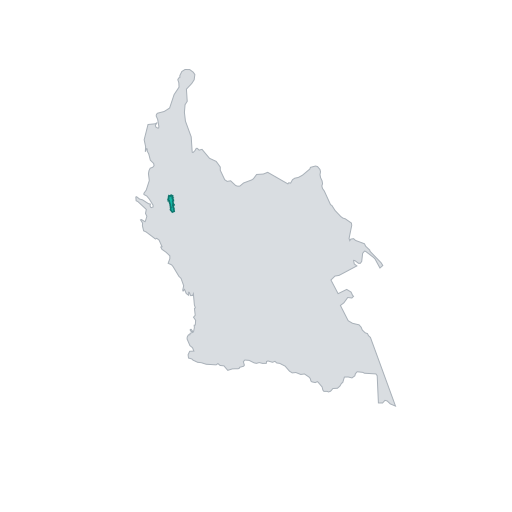 Puerto Libertador, Córdoba, Colombia (highlighted), rotated 332°
{"feature_id": "7082276B17720170478465", "entity_name": "Puerto Libertador", "entity_type": "district", "adm_level": 2, "iso_a3": "COL", "parent_name": "Colombia", "parent_adm1": "Córdoba", "projection": "equal_earth", "projection_center": [-75.744, 7.691], "detail": "fine", "context": "in_parent", "style": "filled", "palette": "teal", "viewbox_px": 512, "rotation_deg": 332, "n_neighbors": 0, "source": "geoboundaries", "source_scale": "gbopen_adm2", "svg_char_len": 6513}
<svg xmlns="http://www.w3.org/2000/svg" viewBox="0 0 512 512"><g transform="rotate(332 256 256)"><path d="M284.1,71.4L280.3,73.5L272.9,76.0L267.9,87.1L264.4,89.1L260.2,95.6L257.0,103.8L254.7,120.4L248.4,134.4L248.9,135.1L251.4,134.4L253.8,132.9L254.7,133.4L255.5,135.8L258.4,136.5L260.8,147.9L265.2,153.7L265.6,155.9L266.2,160.7L264.7,163.5L264.2,174.0L265.6,176.6L268.9,177.7L271.1,184.2L272.5,185.7L274.5,186.7L279.3,185.7L287.9,186.8L290.0,186.6L294.8,184.3L301.0,187.1L305.6,187.6L318.0,207.3L319.3,206.7L320.8,207.9L324.0,205.8L326.7,205.5L330.2,206.5L334.9,206.5L344.3,204.5L345.7,203.3L350.8,204.5L352.3,205.9L353.1,209.6L352.5,211.9L350.7,214.2L349.8,217.1L349.6,220.7L348.7,223.4L347.0,225.1L346.4,227.6L346.8,230.8L345.9,245.7L346.7,247.0L347.2,253.1L349.4,261.0L350.5,263.3L352.3,265.1L355.7,271.7L354.9,273.9L346.4,284.2L346.0,286.5L347.6,285.6L350.3,286.5L351.2,289.0L357.5,296.1L357.4,298.9L359.2,304.2L358.9,305.4L363.3,320.7L363.5,323.9L359.8,324.8L359.7,314.6L359.1,312.5L355.0,303.4L354.1,302.6L351.4,303.7L346.8,310.4L344.7,311.4L343.0,310.5L341.2,306.5L340.1,305.7L339.0,309.1L340.4,312.1L320.2,312.1L316.3,310.8L310.9,312.4L310.8,327.8L320.4,328.1L323.0,332.5L322.8,336.1L323.2,337.4L320.9,338.1L317.5,335.7L311.6,338.6L307.3,339.3L307.0,356.4L309.6,360.7L314.7,365.2L315.4,368.3L315.1,371.3L316.3,375.0L318.0,376.9L317.9,379.1L318.8,381.6L308.7,454.0L305.1,449.6L303.8,445.6L302.1,444.0L298.7,445.2L295.1,443.2L306.8,418.6L306.5,416.4L296.7,410.4L295.7,408.9L291.0,405.7L288.5,406.6L287.0,408.2L283.5,408.7L280.6,406.1L277.2,404.4L273.1,408.5L271.8,408.5L268.9,410.3L265.8,411.0L261.7,409.1L258.4,410.4L256.2,410.1L255.3,408.9L252.4,407.4L252.1,405.7L252.9,402.7L251.6,396.7L251.2,395.7L248.9,395.6L246.3,393.4L245.8,392.2L246.4,389.7L245.9,387.6L243.4,382.9L239.9,381.6L236.5,377.6L233.1,376.2L231.5,373.4L230.0,366.9L226.5,361.9L224.1,360.2L223.3,357.9L220.7,357.6L217.3,354.3L215.8,354.1L214.7,355.6L211.5,354.0L208.8,351.6L206.0,351.0L204.2,349.5L200.9,344.9L197.3,342.6L195.2,343.4L194.5,346.9L193.3,347.5L189.2,346.6L188.5,347.3L187.4,347.2L182.3,344.6L177.4,343.7L176.1,337.9L172.9,335.8L171.9,333.1L169.7,333.4L161.2,328.2L157.6,324.5L154.6,322.5L151.5,318.4L151.0,316.8L148.5,314.4L149.7,311.3L152.7,309.0L156.5,310.8L156.9,307.2L155.6,304.1L156.2,296.9L157.2,295.3L159.3,293.9L160.6,294.5L161.5,293.3L164.6,293.8L165.5,293.3L167.9,290.4L168.9,288.1L170.0,288.4L172.5,284.5L172.1,280.7L174.5,279.8L177.0,273.5L178.1,273.3L178.6,270.3L183.0,259.9L181.4,261.1L179.7,260.3L180.0,256.8L179.5,256.4L178.1,259.1L176.8,256.4L177.2,251.9L175.2,252.7L175.3,251.7L178.2,248.3L179.3,240.6L178.4,237.8L177.8,226.3L177.3,224.1L175.0,221.2L178.7,217.9L180.0,215.4L178.3,210.3L176.1,206.0L176.1,203.4L177.4,203.7L177.9,196.5L176.7,193.8L175.2,193.8L170.3,183.2L168.6,181.0L169.9,176.0L171.3,173.7L171.0,169.9L172.0,170.1L174.1,173.6L175.0,173.0L178.3,169.7L178.4,166.6L181.0,163.4L177.3,152.6L176.1,150.9L177.6,147.5L178.4,147.6L179.9,151.0L182.2,153.2L185.6,159.3L187.1,160.6L186.0,161.9L185.8,163.4L186.3,164.2L188.2,164.4L189.0,162.7L188.5,155.4L187.7,151.7L185.9,149.1L186.5,148.0L190.0,146.3L197.2,139.3L199.7,132.8L201.6,130.4L203.8,128.8L206.4,129.2L208.4,128.4L209.1,126.3L207.7,121.8L209.2,115.6L209.2,112.4L210.2,110.5L209.8,109.8L207.2,112.0L209.9,107.6L211.8,100.9L222.4,89.2L229.2,92.0L231.4,91.8L228.5,93.3L228.1,95.0L229.1,96.8L230.1,97.3L231.0,96.2L233.3,89.3L233.6,85.5L234.6,84.2L236.1,83.7L242.8,85.3L249.2,84.8L259.5,75.0L267.3,70.8L269.2,66.8L269.7,63.7L271.1,62.6L272.6,62.6L273.5,60.9L277.1,58.3L280.9,58.0L285.0,60.3L286.9,64.3L287.2,67.1L284.1,71.4ZM164.7,292.5L164.2,293.0L163.3,292.1L163.0,290.9L163.5,290.0L164.3,290.3L164.7,292.5Z" fill="#d9dde1" stroke="#a8b0b8" stroke-width="1"/><path d="M207.8,172.3L207.8,172.2L207.7,171.9L207.6,171.7L207.4,171.3L207.5,171.3L207.6,171.0L207.5,170.9L207.5,170.7L207.5,170.4L207.6,170.2L207.9,169.9L207.9,169.7L208.0,169.2L208.0,168.8L208.0,168.7L208.2,168.4L208.4,168.5L208.5,168.6L208.8,168.4L208.9,168.5L209.0,168.5L209.0,168.4L209.1,168.2L209.2,167.9L209.3,167.8L209.4,167.7L209.3,167.4L209.3,167.2L209.3,166.9L209.2,166.8L209.2,166.7L209.2,166.4L209.2,166.2L209.3,166.2L209.4,165.9L209.4,165.7L209.5,165.7L209.4,165.6L209.4,165.4L209.4,165.2L209.5,165.1L209.6,164.9L209.8,164.7L209.8,164.8L209.9,164.7L209.9,164.4L209.9,164.2L210.0,164.3L210.0,164.2L210.1,164.3L210.1,164.2L210.2,164.3L210.3,164.2L210.5,164.0L210.7,163.9L210.6,163.7L210.4,163.8L210.3,163.7L210.3,163.4L210.2,163.4L210.2,163.5L210.0,163.4L209.9,163.3L210.0,163.2L209.9,162.9L209.8,163.0L209.7,162.8L209.7,162.7L209.4,162.6L209.4,162.4L209.2,162.4L209.3,162.6L209.2,162.7L209.0,162.8L209.0,162.6L208.9,162.6L208.7,162.6L208.4,162.7L208.2,162.5L208.1,162.4L207.9,162.3L207.9,162.5L207.9,162.4L207.8,162.2L207.7,162.1L207.6,162.4L207.4,162.3L207.5,162.1L207.4,161.9L207.3,162.0L207.1,162.0L206.9,162.2L206.8,162.3L206.7,162.5L206.6,162.8L206.5,163.0L206.4,163.3L206.3,163.5L206.2,163.5L206.2,163.3L205.9,163.4L205.7,163.5L205.8,163.5L205.8,163.8L205.7,163.9L205.6,164.0L205.6,164.3L205.4,164.3L205.3,164.5L205.5,164.6L205.4,164.7L205.2,164.6L205.1,164.8L204.9,164.9L205.0,165.0L204.9,165.1L204.9,165.3L204.7,165.5L204.7,165.8L204.8,165.9L204.7,166.0L204.6,166.3L204.8,166.5L204.8,166.4L205.0,166.5L204.9,166.5L205.0,166.6L205.3,166.6L205.2,166.9L205.2,167.0L205.0,167.5L204.9,167.6L204.8,167.8L204.7,167.9L204.7,168.1L204.6,168.3L204.7,168.2L204.8,168.3L204.7,168.5L204.6,168.8L204.5,169.1L204.6,169.3L204.5,169.5L204.6,169.9L204.4,170.0L204.4,170.4L204.4,170.5L204.2,170.7L204.1,170.8L204.0,171.0L203.9,171.2L203.9,171.3L203.8,171.6L203.8,171.8L203.7,172.1L203.8,172.3L203.6,172.4L203.5,172.5L203.5,172.8L203.4,172.9L203.5,173.1L203.4,173.1L203.3,173.4L203.2,173.4L203.2,173.5L203.0,173.9L202.9,174.0L202.9,174.3L202.8,174.5L202.6,174.6L202.4,174.7L202.2,174.8L202.2,175.0L202.1,175.4L202.2,175.6L202.3,175.8L202.4,176.0L202.5,176.3L202.4,176.4L202.4,176.7L202.5,176.9L202.5,177.0L202.6,177.3L202.6,177.5L202.7,177.8L202.7,178.0L204.8,178.2L204.9,177.8L205.0,177.7L205.0,177.2L205.0,176.9L205.2,176.7L205.3,176.6L205.2,176.4L205.1,176.2L205.2,175.9L205.3,175.9L205.6,175.9L205.7,175.7L205.8,175.7L205.8,175.2L205.9,174.8L206.0,174.6L205.9,174.5L205.8,174.3L206.0,174.2L206.2,173.9L206.1,173.6L206.1,173.4L206.1,173.1L206.3,172.8L206.3,172.6L206.2,172.3L206.2,172.2L206.3,172.2L206.4,171.9L206.6,171.9L206.7,172.0L206.8,172.2L206.9,172.4L207.2,172.7L207.4,172.7L207.5,172.6L207.8,172.3L207.8,172.3Z" fill="#14b8a6" stroke="#0f766e" stroke-width="1.5"/></g></svg>